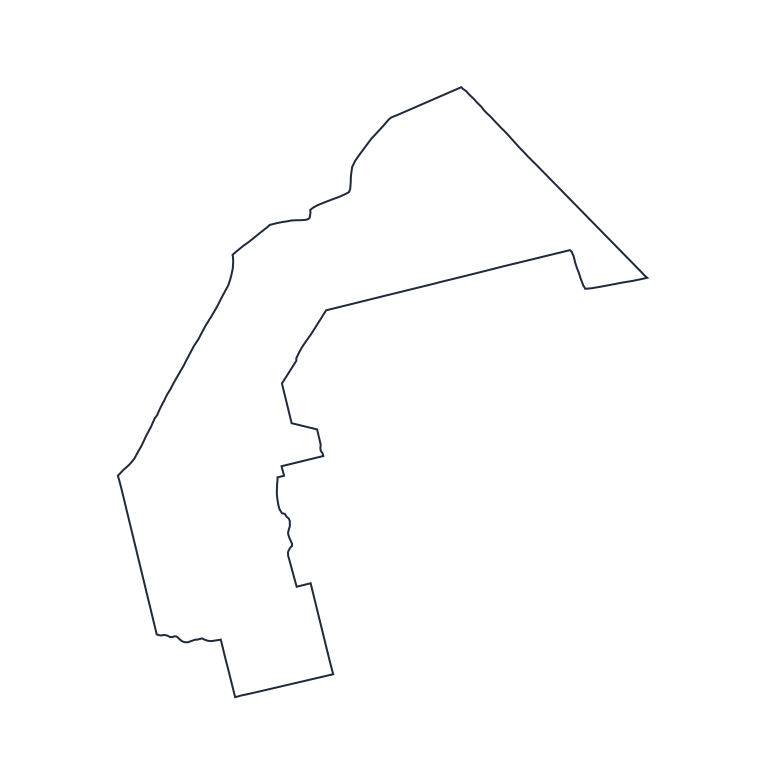 Borei Cholsar, Takêv, Cambodia (Albers equal-area conic projection), rotated 256°
{"feature_id": "14789045B63484458501082", "entity_name": "Borei Cholsar", "entity_type": "district", "adm_level": 2, "iso_a3": "KHM", "parent_name": "Cambodia", "parent_adm1": "Takêv", "projection": "albers", "projection_center": [104.993, 10.787], "detail": "fine", "context": "isolated", "style": "outline", "palette": "slate", "viewbox_px": 768, "rotation_deg": 256, "n_neighbors": 0, "source": "geoboundaries", "source_scale": "gbopen_adm2", "svg_char_len": 3154}
<svg xmlns="http://www.w3.org/2000/svg" viewBox="0 0 768 768"><g transform="rotate(256 384 384)"><path d="M359.4,103.6L353.8,103.8L346.2,103.9L196.0,102.9L194.9,104.7L193.9,106.7L193.8,109.1L193.5,110.4L192.6,112.4L190.3,115.2L189.6,117.9L189.9,119.6L189.3,121.4L188.3,122.4L186.4,123.5L184.6,124.8L183.3,125.8L182.3,127.1L181.4,128.9L180.8,131.9L181.1,133.3L181.4,137.1L181.6,138.9L181.2,140.4L181.1,142.5L181.2,145.9L179.3,148.1L177.7,150.6L176.9,152.4L176.3,154.1L176.1,155.9L175.9,158.7L175.6,161.3L175.5,163.8L169.4,163.8L161.1,163.7L153.3,163.7L146.2,163.8L116.1,163.8L116.3,170.3L116.0,177.9L114.7,264.5L128.3,264.3L208.4,264.6L208.4,250.2L235.5,249.6L237.2,249.6L240.1,249.4L243.6,250.0L245.3,251.0L247.0,252.6L248.3,254.0L249.0,255.6L251.5,256.1L254.4,255.6L256.7,255.1L260.4,254.7L262.8,254.9L265.1,256.0L268.2,257.9L269.8,258.6L271.9,258.9L273.7,259.5L276.6,259.0L278.5,257.5L282.0,256.3L283.3,253.7L287.9,252.3L292.2,252.2L298.0,252.7L303.2,253.4L308.8,254.9L313.4,256.3L317.0,257.6L319.2,258.1L319.1,264.8L329.0,264.7L328.8,307.7L331.9,307.6L334.2,306.5L337.1,306.7L338.6,307.3L340.8,307.9L356.1,308.1L368.3,284.9L409.2,285.1L427.8,304.6L430.1,305.1L435.6,309.6L440.2,314.0L444.6,319.0L449.7,325.0L469.5,345.7L469.4,406.3L469.2,458.7L469.3,461.2L469.2,486.9L469.2,506.8L469.3,526.7L468.9,596.8L466.8,598.1L461.9,598.9L454.7,598.9L449.6,599.3L444.4,600.0L438.8,600.3L434.8,600.8L431.2,601.2L429.0,602.0L427.7,602.3L426.7,608.4L426.0,617.5L425.3,629.7L424.7,640.6L423.9,649.8L423.5,659.4L423.4,665.1L426.6,662.8L428.8,661.7L555.9,587.1L559.2,585.2L561.8,583.6L564.7,581.8L568.0,579.9L569.0,579.2L573.2,576.9L574.6,576.1L577.1,574.7L581.5,572.1L586.1,569.7L589.7,567.8L591.7,566.7L593.1,566.0L595.2,564.9L598.3,563.2L601.6,561.2L604.7,559.3L608.3,557.3L610.5,556.0L613.2,554.5L616.5,552.7L619.0,551.2L621.7,549.4L623.9,548.1L625.0,547.5L626.6,546.7L628.8,545.9L631.5,544.3L633.4,543.1L636.0,541.6L637.9,540.7L641.1,538.7L642.7,537.7L645.0,536.2L648.0,534.8L649.3,533.7L650.9,532.2L653.3,530.8L641.8,462.3L641.6,460.7L641.3,458.6L640.8,455.3L639.5,452.6L637.3,449.5L633.6,444.2L629.3,437.6L624.9,430.9L618.9,423.5L612.6,415.9L607.6,410.1L602.4,405.7L600.9,405.1L598.1,403.9L593.5,402.1L587.4,400.4L581.2,398.3L578.6,396.3L577.6,392.4L576.4,385.7L575.5,377.2L574.6,370.1L573.5,362.5L572.1,357.5L570.7,354.5L567.9,354.1L563.5,352.2L562.4,350.7L562.2,347.7L563.0,343.3L564.2,338.1L565.0,334.2L565.2,330.1L565.8,324.1L566.0,318.4L566.0,311.6L564.3,308.5L562.5,304.5L560.5,300.0L558.0,294.7L554.6,287.3L551.9,280.4L547.8,271.9L546.0,268.3L543.8,268.2L538.8,267.2L532.4,265.1L525.9,261.9L521.2,259.2L517.2,256.6L512.5,252.2L505.1,245.6L499.3,240.6L491.9,233.4L484.3,225.5L477.5,219.3L472.7,215.1L466.5,208.4L459.4,202.1L454.1,197.3L450.4,194.2L444.8,188.7L439.8,183.9L435.5,179.8L430.6,175.6L429.3,174.1L428.0,172.9L426.5,171.3L423.6,168.7L421.4,167.0L418.7,164.5L415.6,161.8L411.9,158.8L408.6,156.3L406.3,153.4L402.3,150.2L399.2,147.9L395.0,144.1L390.2,139.8L386.0,136.5L382.0,133.1L378.4,129.6L375.3,126.7L372.0,123.8L370.0,121.1L367.8,118.0L366.1,115.1L363.8,110.5L361.4,106.8L359.4,103.6Z" fill="none" stroke="#1e293b" stroke-width="2"/></g></svg>